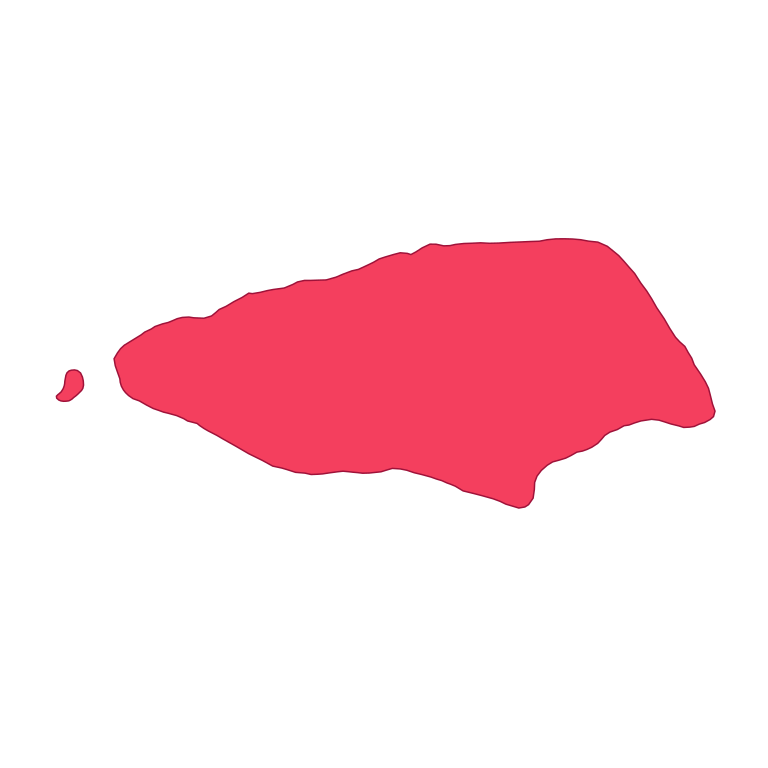 the district of North Maalhosmadulu, Maldives, rotated 265°
{"feature_id": "70690204B68213949051923", "entity_name": "North Maalhosmadulu", "entity_type": "district", "adm_level": 2, "iso_a3": "MDV", "parent_name": "Maldives", "parent_adm1": "", "projection": "albers", "projection_center": [72.932, 5.655], "detail": "fine", "context": "isolated", "style": "filled", "palette": "rose", "viewbox_px": 768, "rotation_deg": 265, "n_neighbors": 0, "source": "geoboundaries", "source_scale": "gbopen_adm2", "svg_char_len": 2991}
<svg xmlns="http://www.w3.org/2000/svg" viewBox="0 0 768 768"><g transform="rotate(265 384 384)"><path d="M516.4,455.6L518.7,448.1L519.3,442.0L516.3,433.9L512.8,427.3L510.6,422.1L512.1,418.6L513.3,411.6L512.2,405.0L510.4,396.1L509.0,390.1L506.2,384.2L503.8,377.9L500.4,368.5L499.5,361.8L497.0,352.8L494.6,345.5L492.7,335.4L493.2,327.0L493.6,319.7L494.1,313.7L493.2,306.7L491.1,301.8L488.3,292.9L487.8,281.8L487.2,275.8L486.1,268.7L485.5,260.7L486.3,257.2L482.6,250.2L479.2,241.8L475.1,233.4L472.6,226.3L469.9,222.7L466.8,218.1L465.2,210.4L466.5,200.4L467.7,195.4L467.9,188.8L467.1,183.7L465.5,178.9L464.1,174.4L463.2,168.6L461.2,160.8L459.1,157.0L456.6,150.2L454.1,146.3L451.8,141.7L449.1,136.3L445.3,128.7L442.2,124.7L438.2,121.2L432.7,117.3L425.6,117.9L418.8,119.6L412.3,121.3L408.6,121.4L404.7,122.2L400.8,123.9L397.9,125.8L394.8,128.5L391.3,132.7L388.5,138.8L386.6,141.5L383.6,145.8L379.7,152.0L377.4,157.2L375.2,161.9L373.7,166.4L370.6,174.7L367.0,181.4L364.3,185.1L361.0,194.4L358.7,196.7L355.3,200.9L352.5,204.9L350.0,208.9L347.4,213.0L343.4,218.6L334.8,231.2L326.4,243.1L318.4,256.3L311.9,266.0L309.2,274.8L307.2,279.9L303.7,288.2L302.1,297.5L300.2,303.5L299.9,309.9L299.8,314.9L300.2,321.4L300.6,330.0L300.7,335.6L299.7,341.1L298.8,345.6L298.0,350.1L297.0,354.9L296.6,361.7L296.7,367.4L296.8,373.4L298.0,378.9L299.2,384.9L298.0,392.7L296.1,399.2L293.0,406.3L290.6,413.5L287.2,422.7L284.8,427.9L282.7,433.2L280.0,438.0L278.4,441.5L276.0,446.1L270.6,453.5L267.1,463.8L264.3,471.7L260.2,482.6L257.0,489.4L253.7,494.9L251.8,499.7L248.7,507.5L249.2,513.6L251.2,517.5L257.3,522.6L265.9,524.6L272.8,525.5L278.9,528.4L284.2,533.2L288.9,539.6L291.7,545.2L292.8,551.4L294.3,558.5L296.4,563.9L299.3,570.2L299.9,575.9L301.1,580.5L302.9,585.5L306.3,591.8L310.1,596.0L313.5,599.4L316.4,604.9L318.3,612.5L321.5,619.5L321.8,624.5L323.4,630.3L324.8,636.7L325.5,647.5L324.0,654.8L321.8,660.2L319.2,666.3L316.5,674.2L314.6,678.8L314.4,685.0L314.7,689.4L316.6,694.7L317.7,700.1L320.2,705.8L322.8,709.4L328.1,711.4L335.4,709.5L344.9,708.0L351.4,706.9L358.2,704.3L366.2,700.3L376.1,694.7L382.9,692.8L389.0,689.7L395.2,687.0L400.3,682.2L405.2,678.4L414.5,673.5L424.6,668.8L436.3,662.3L445.5,658.1L453.8,653.8L462.2,648.6L472.3,643.3L478.6,638.6L485.5,633.6L491.5,629.0L496.2,624.2L501.7,618.5L504.9,612.7L506.7,609.4L508.5,600.2L510.6,592.5L512.0,584.5L512.9,576.6L513.6,567.7L513.5,559.2L512.7,551.2L513.2,541.9L513.6,532.4L514.1,521.7L514.4,510.4L515.0,501.2L516.2,492.7L516.6,483.1L517.0,475.9L516.8,467.2L516.1,461.8L516.4,455.6ZM425.0,73.7L424.5,71.4L422.8,69.2L420.4,67.9L417.2,67.0L414.6,66.3L412.2,65.9L410.1,65.3L407.5,64.1L405.7,62.8L404.2,61.6L403.5,60.6L402.7,59.6L401.8,58.2L400.4,56.6L398.4,56.7L396.4,58.6L395.3,60.7L394.7,63.3L394.6,65.1L394.6,66.9L394.7,68.6L395.3,70.1L396.2,71.9L397.6,73.7L399.1,76.1L400.5,78.0L401.9,79.7L403.9,82.1L405.9,83.6L409.1,84.6L413.3,84.7L417.2,84.2L421.4,82.7L424.1,79.8L425.0,76.9L425.0,73.7Z" fill="#f43f5e" stroke="#9f1239" stroke-width="1.5"/></g></svg>